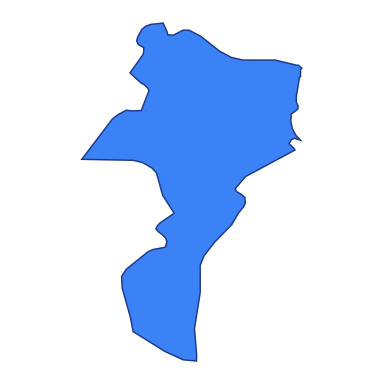 outline of Grevenmacher
{"feature_id": "LUX-907", "entity_name": "Grevenmacher", "entity_type": "District", "adm_level": 1, "iso_a3": "LUX", "parent_name": "Luxembourg", "parent_adm1": "", "projection": "natural_earth1", "projection_center": [6.348, 49.652], "detail": "fine", "context": "isolated", "style": "filled", "palette": "blue", "viewbox_px": 384, "rotation_deg": 0, "n_neighbors": 0, "source": "natural_earth", "source_scale": "10m", "svg_char_len": 1235}
<svg xmlns="http://www.w3.org/2000/svg" viewBox="0 0 384 384"><path d="M163.1,23.0L167.1,31.9L167.8,34.8L173.3,35.2L183.3,30.1L189.2,30.3L200.6,36.2L219.9,51.4L231.3,57.4L243.1,60.1L275.3,60.1L296.0,65.1L298.6,65.3L302.2,68.5L302.0,68.3L300.6,69.5L300.5,76.8L299.5,77.3L296.4,96.0L296.3,102.1L298.1,105.9L297.8,109.2L291.3,114.0L290.8,121.7L292.4,128.7L295.6,134.9L300.4,140.2L294.5,138.3L291.4,139.6L289.1,143.7L293.7,148.1L295.0,150.0L245.6,176.5L235.2,188.7L236.4,191.5L240.7,193.9L244.8,197.3L245.4,203.0L243.6,206.8L238.5,213.0L231.7,224.7L214.2,242.6L204.0,255.9L200.2,265.3L200.2,292.5L198.9,300.8L194.5,328.6L196.6,354.6L196.5,361.0L183.1,359.8L165.2,351.6L133.1,331.6L130.4,317.3L122.2,288.1L121.6,276.5L126.3,269.2L147.9,251.8L153.0,249.5L165.2,247.3L166.9,242.1L165.7,238.0L162.3,234.7L158.6,231.9L156.0,228.8L157.4,225.7L160.1,222.9L174.2,213.2L162.7,195.4L156.4,172.7L151.5,167.7L142.4,162.5L133.2,160.3L81.8,159.3L112.4,119.0L117.9,114.7L126.4,110.2L131.1,110.9L141.2,110.6L149.0,90.5L147.6,87.9L143.9,84.5L140.7,82.7L130.0,72.9L143.2,54.3L143.7,51.3L143.8,47.6L140.3,45.7L138.1,44.3L136.6,40.7L137.9,36.6L141.8,29.5L145.7,26.2L150.7,24.4L162.9,23.1L163.1,23.0Z" fill="#3b82f6" stroke="#1e3a8a" stroke-width="1.5"/></svg>